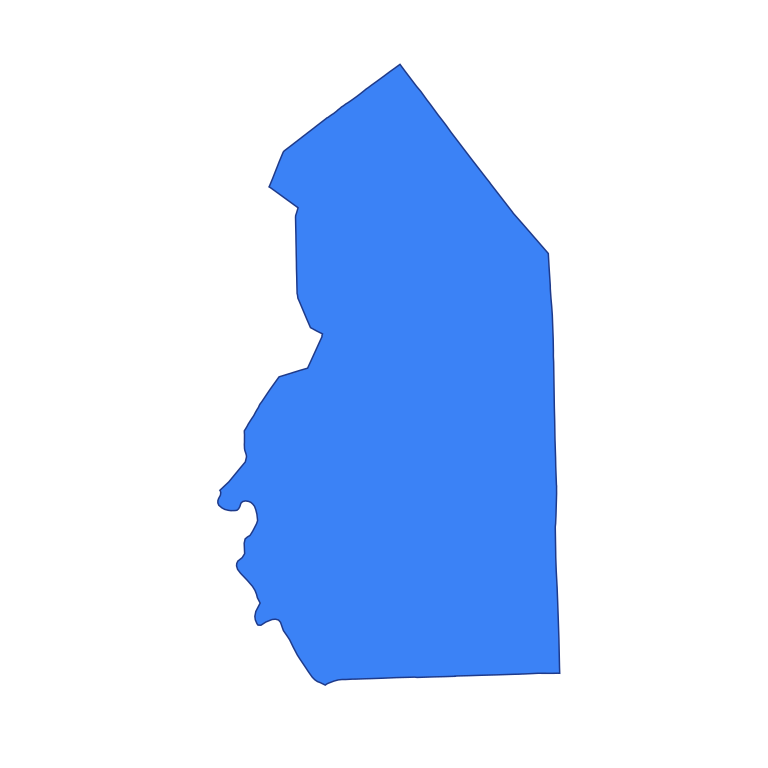 the district of Olari, Prahova, Romania, rotated 261°
{"feature_id": "2599482B22841154857116", "entity_name": "Olari", "entity_type": "district", "adm_level": 2, "iso_a3": "ROU", "parent_name": "Romania", "parent_adm1": "Prahova", "projection": "mercator", "projection_center": [26.206, 44.79], "detail": "fine", "context": "isolated", "style": "filled", "palette": "blue", "viewbox_px": 768, "rotation_deg": 261, "n_neighbors": 0, "source": "geoboundaries", "source_scale": "gbopen_adm2", "svg_char_len": 3480}
<svg xmlns="http://www.w3.org/2000/svg" viewBox="0 0 768 768"><g transform="rotate(261 384 384)"><path d="M533.1,538.1L533.3,538.0L565.2,520.5L566.3,520.0L571.1,517.3L592.8,505.4L622.1,489.6L629.8,485.8L635.0,483.0L641.3,479.5L652.4,473.8L658.3,470.6L667.1,466.2L672.9,462.7L689.7,453.7L697.2,449.8L691.5,438.5L685.9,427.8L683.5,423.1L681.3,418.7L679.1,414.6L678.2,412.6L677.0,410.6L674.1,405.5L671.9,401.4L668.8,395.2L667.3,392.0L666.5,389.9L665.9,388.9L665.4,387.9L664.9,386.9L664.5,385.9L664.3,385.4L663.0,383.4L662.0,381.5L661.1,380.2L660.5,379.2L659.9,378.1L659.1,376.7L658.2,374.6L656.7,371.5L656.1,370.6L656.0,370.0L655.9,369.5L655.7,369.1L655.1,368.1L649.8,358.4L647.2,353.7L641.7,343.6L636.7,334.5L632.4,326.6L629.8,321.8L629.1,321.0L628.6,320.6L625.2,318.5L620.0,315.3L615.2,312.5L612.7,311.0L604.5,306.2L597.5,301.9L596.7,301.3L595.8,302.4L581.3,316.9L571.5,326.7L566.5,324.3L564.2,323.1L562.5,322.7L553.8,321.5L544.8,320.3L538.7,319.4L532.0,318.5L526.5,317.7L517.7,316.5L511.7,315.6L503.8,314.6L492.8,313.1L486.7,312.3L485.9,312.5L482.2,312.4L478.4,313.4L460.1,317.9L451.2,320.2L446.5,326.3L443.1,331.1L441.2,330.2L440.5,330.2L436.9,327.8L418.8,315.8L411.6,311.0L410.6,303.1L407.5,281.5L405.7,279.7L397.2,271.3L393.7,268.0L389.6,264.2L385.5,260.4L383.9,258.7L383.1,258.0L382.1,257.3L380.5,256.3L378.7,254.7L376.1,252.6L374.6,251.5L373.1,250.4L371.1,248.5L368.8,246.4L365.6,243.6L363.8,242.3L361.4,240.3L359.6,238.7L357.2,238.4L355.8,238.3L351.7,237.6L348.4,237.1L346.1,236.6L344.3,236.4L341.8,236.1L339.9,236.2L337.0,236.7L335.2,236.9L333.5,236.8L328.7,234.8L323.4,228.7L311.6,215.4L304.7,205.3L304.3,205.6L304.0,205.6L303.0,205.7L302.1,205.8L301.4,205.5L300.9,205.4L299.7,205.0L296.7,202.7L294.8,201.7L292.5,201.3L290.8,201.7L290.2,201.8L289.1,202.7L288.2,203.5L287.2,204.3L285.1,207.0L283.6,210.5L282.9,212.8L282.6,214.9L282.3,217.3L282.3,219.0L283.4,220.8L285.4,222.4L288.6,224.0L290.0,226.0L290.2,228.9L289.2,231.9L287.9,234.0L285.8,235.7L283.4,237.0L279.8,237.7L275.3,238.1L268.9,237.8L266.0,236.3L259.2,231.3L255.4,228.0L254.3,225.2L252.7,222.6L248.6,221.0L238.2,219.8L234.7,216.8L232.0,212.0L229.8,210.5L227.4,209.9L223.8,210.4L219.7,212.6L218.2,213.6L211.7,218.1L204.8,222.4L200.3,224.3L196.2,225.2L192.7,225.5L187.0,227.4L179.4,221.8L174.7,220.1L171.2,220.0L167.2,221.0L165.6,221.8L165.0,224.7L167.4,230.1L168.9,236.6L168.8,238.3L168.7,240.0L167.4,242.9L164.8,244.5L158.1,245.7L156.1,246.1L150.1,249.0L146.1,250.8L138.5,253.1L129.9,256.0L126.0,257.7L115.2,262.7L112.3,264.0L109.0,265.6L105.6,267.3L102.8,269.3L100.5,271.7L99.1,274.2L96.5,277.9L95.8,278.9L96.6,280.4L97.1,281.9L98.4,288.0L98.9,292.5L98.7,296.4L98.1,300.2L97.5,306.2L96.9,310.3L95.9,318.6L95.1,324.7L93.6,336.9L92.1,350.1L91.3,356.1L90.6,361.4L89.7,368.4L89.0,370.8L88.1,378.2L86.9,387.7L85.6,397.3L84.2,408.5L84.4,408.5L84.1,411.3L82.6,422.6L81.3,433.0L79.1,449.8L77.0,466.7L76.3,471.9L75.9,475.6L75.8,476.1L74.7,486.1L74.2,490.9L72.5,501.2L71.9,504.9L71.2,510.2L70.8,512.3L76.5,513.0L105.0,516.9L123.4,519.2L143.8,521.7L155.5,523.1L172.7,524.9L185.8,526.5L190.6,527.2L216.1,530.8L219.0,531.6L227.3,533.3L248.7,537.3L253.4,538.0L256.3,538.5L257.3,538.5L275.5,540.7L284.1,541.9L303.2,544.3L320.8,546.8L334.4,548.6L374.3,554.3L379.2,555.0L384.8,555.6L390.3,556.5L401.7,558.1L425.6,561.0L434.8,561.8L442.4,562.3L449.2,562.9L452.4,563.2L455.0,563.6L460.4,564.1L473.4,565.3L487.2,566.7L500.2,558.6L520.4,546.0L532.7,538.2L533.1,538.1Z" fill="#3b82f6" stroke="#1e3a8a" stroke-width="1.5"/></g></svg>